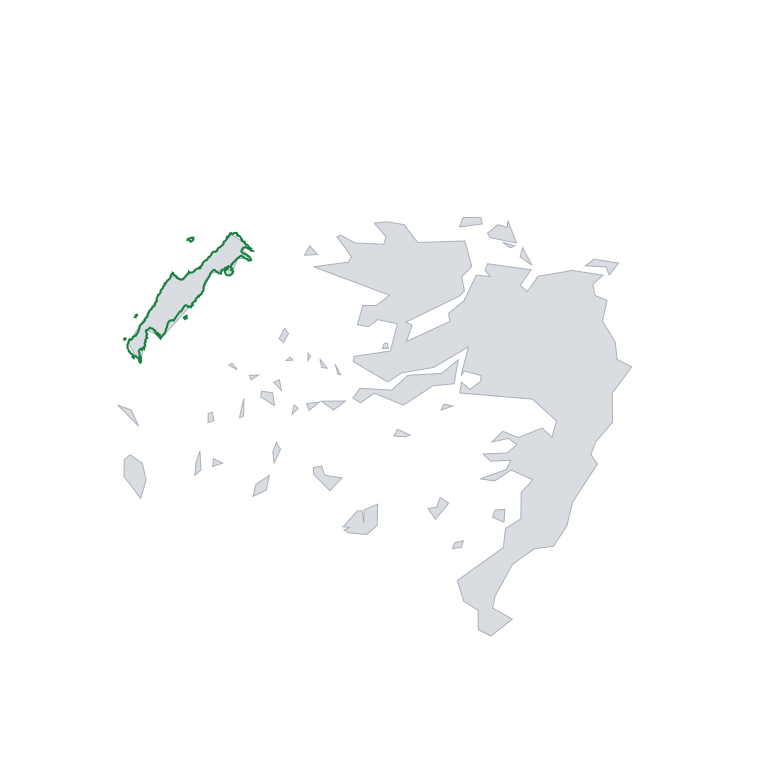 Kritis, Kriti, Greece shown in context, rotated 127°
{"feature_id": "26713481B79456911033966", "entity_name": "Kritis", "entity_type": "district", "adm_level": 2, "iso_a3": "GRC", "parent_name": "Greece", "parent_adm1": "Kriti", "projection": "orthographic", "projection_center": [24.889, 35.249], "detail": "fine", "context": "in_parent", "style": "outline", "palette": "green", "viewbox_px": 768, "rotation_deg": 127, "n_neighbors": 0, "source": "geoboundaries", "source_scale": "gbopen_adm2", "svg_char_len": 9833}
<svg xmlns="http://www.w3.org/2000/svg" viewBox="0 0 768 768"><g transform="rotate(127 384 384)"><path d="M494.6,140.0L520.9,146.9L523.5,160.9L508.1,172.6L509.6,189.6L496.8,207.2L442.8,190.3L426.2,200.0L409.3,193.6L388.0,209.2L370.9,207.4L376.2,230.7L394.8,237.2L401.8,250.0L378.7,234.9L368.6,236.9L381.4,252.2L380.2,262.7L365.1,244.3L352.3,241.3L352.5,251.8L365.4,263.0L350.3,260.6L346.0,244.5L323.9,231.2L325.6,217.8L309.6,224.1L306.8,256.5L345.6,318.1L336.0,323.1L336.6,312.1L323.5,308.4L318.9,311.7L321.4,318.0L325.5,327.9L331.1,327.5L303.4,339.0L340.8,354.3L364.4,376.5L380.1,382.2L384.6,422.2L379.9,424.5L353.9,398.8L327.8,409.5L336.4,427.9L347.5,430.9L352.6,440.9L334.0,448.1L326.0,437.5L309.8,432.9L332.8,510.8L308.2,485.9L302.0,486.7L294.6,510.1L291.2,508.0L288.7,491.9L272.6,468.3L265.4,470.9L261.3,488.6L252.9,479.5L244.6,463.8L250.8,442.3L221.1,405.5L237.4,384.5L251.5,386.5L261.1,376.0L268.3,376.7L321.4,403.7L320.0,397.1L336.3,391.6L294.5,369.1L288.7,374.8L269.1,370.3L241.6,375.8L234.2,363.8L232.3,371.8L225.6,373.6L204.3,335.3L223.2,334.5L224.0,325.1L205.3,325.8L180.2,302.2L165.3,274.5L178.6,277.3L186.3,268.9L183.1,256.2L202.3,247.3L211.4,224.5L224.1,212.6L221.2,196.4L254.0,196.2L276.9,178.5L303.5,180.1L316.0,176.1L319.4,165.4L364.7,162.3L387.2,152.6L411.7,151.0L425.2,164.9L450.6,172.8L486.3,167.7L497.5,162.4L494.6,140.0ZM371.6,576.0L389.7,571.9L386.3,579.0L400.4,588.7L421.6,584.2L479.9,589.4L483.6,605.3L514.0,591.3L505.4,612.5L426.1,618.9L420.9,607.9L406.7,602.8L356.4,595.5L355.3,575.9L361.2,577.4L365.0,567.4L371.6,576.0ZM341.6,328.2L356.0,343.8L389.2,355.8L397.2,386.2L413.2,391.4L414.0,400.4L401.8,400.5L384.2,374.1L362.6,370.1L341.0,344.4L320.0,339.2L341.6,328.2ZM514.6,307.2L524.1,322.6L524.6,328.1L519.3,325.1L522.6,330.8L501.3,328.9L498.3,325.0L507.3,316.6L496.4,324.0L483.7,316.7L501.2,304.3L514.6,307.2ZM600.6,545.9L593.3,544.1L592.9,529.0L603.8,516.3L621.7,509.5L614.4,535.9L600.6,545.9ZM498.4,386.0L493.1,390.1L487.1,384.4L492.5,376.5L484.3,361.0L501.7,363.1L498.4,386.0ZM191.7,363.0L203.1,387.1L201.4,392.1L188.3,389.0L184.7,379.8L179.0,383.4L191.7,363.0ZM168.4,294.2L158.0,291.6L146.3,269.4L161.5,269.7L156.8,277.0L168.4,294.2ZM461.1,261.6L456.8,274.0L450.9,267.9L440.7,270.9L440.5,260.5L461.1,261.6ZM539.6,414.1L552.7,421.1L541.0,425.9L526.1,420.6L539.6,414.1ZM425.1,217.1L418.2,219.6L411.3,212.0L422.2,205.0L425.1,217.1ZM197.0,401.9L213.2,418.2L203.3,420.9L192.8,407.0L197.0,401.9ZM468.5,474.8L463.5,477.5L458.0,467.6L467.2,458.6L468.5,474.8ZM435.1,408.6L435.4,423.6L420.8,404.5L435.1,408.6ZM565.3,554.6L561.1,583.8L556.9,570.5L565.3,554.6ZM200.6,351.8L191.6,355.4L200.1,337.3L200.6,351.8ZM329.0,525.0L318.3,526.6L320.8,515.2L329.0,525.0ZM548.3,490.7L563.0,478.3L570.8,480.2L559.6,486.9L548.3,490.7ZM495.4,434.8L498.5,427.3L513.3,424.3L505.2,431.9L495.4,434.8ZM450.9,462.1L448.9,473.2L443.6,470.1L450.9,462.1ZM450.2,427.9L446.3,434.0L437.3,424.7L450.2,427.9ZM419.5,344.6L412.1,346.0L409.1,332.5L413.4,335.2L419.5,344.6ZM474.3,230.2L468.2,232.1L461.4,226.3L467.9,224.0L474.3,230.2ZM411.3,489.3L411.0,495.0L399.3,496.9L401.1,490.6L411.3,489.3ZM497.9,479.1L479.8,487.3L494.2,476.7L497.9,479.1ZM403.9,426.6L397.6,435.1L402.7,424.2L403.9,426.6ZM463.6,439.2L454.8,443.3L455.1,437.9L463.6,439.2ZM520.7,501.3L513.4,506.6L509.9,504.1L515.5,497.6L520.7,501.3ZM553.0,471.2L546.3,475.3L544.3,465.3L553.0,471.2ZM408.4,443.7L402.6,450.3L405.6,438.9L408.4,443.7ZM199.2,365.0L199.3,374.4L195.0,362.8L199.2,365.0ZM460.7,492.6L458.3,496.7L452.4,489.7L460.7,492.6ZM370.4,322.7L364.1,324.0L360.2,315.9L370.4,322.7ZM356.6,406.6L351.8,408.2L349.2,406.1L352.9,401.9L356.6,406.6ZM411.0,459.0L405.1,463.2L406.0,459.3L411.0,459.0ZM460.9,509.8L462.5,519.3L458.8,517.9L460.9,509.8ZM424.2,476.2L419.3,475.5L419.6,471.1L424.2,476.2Z" fill="#d9dde1" stroke="#a8b0b8" stroke-width="1"/><path d="M369.3,576.0L367.9,575.6L367.3,575.1L367.3,571.6L367.0,569.4L366.5,568.0L366.5,567.4L367.1,566.5L365.1,564.7L363.6,566.9L363.2,568.5L363.8,570.0L363.3,570.7L363.5,571.7L363.6,572.4L364.0,573.0L364.2,574.5L364.5,575.2L364.0,577.5L363.8,577.9L361.9,578.4L360.2,578.4L359.5,578.2L358.8,577.4L357.7,576.9L357.8,573.9L357.4,573.3L357.3,571.9L357.5,571.4L357.5,570.6L357.1,569.5L356.9,569.3L357.1,570.5L356.7,571.3L356.4,572.7L356.2,572.0L355.8,571.9L356.1,572.9L356.1,574.0L355.6,574.9L355.2,576.4L355.3,577.7L355.8,578.5L355.7,579.3L354.4,580.5L354.3,580.8L354.6,582.0L355.0,582.0L355.1,583.7L354.7,584.3L353.8,584.5L353.7,585.1L354.0,585.8L353.1,586.7L353.1,587.3L352.8,588.1L353.3,588.9L353.0,589.8L353.3,590.3L353.8,590.4L353.8,590.9L353.6,591.2L352.5,591.5L352.0,592.4L353.0,594.1L353.5,594.6L354.6,594.7L355.6,595.2L355.6,595.8L355.3,596.1L355.3,596.6L356.2,597.4L356.3,597.0L356.6,597.0L358.3,597.3L360.3,596.9L361.0,597.2L361.3,597.5L361.1,597.9L361.4,597.9L361.5,597.5L362.1,597.0L362.8,596.9L363.6,597.0L364.3,596.8L365.5,596.9L366.4,597.5L367.4,597.5L368.6,596.4L369.2,596.3L370.6,596.5L372.2,597.2L373.3,597.2L375.4,598.3L376.8,598.0L377.1,597.7L378.7,597.6L379.3,597.8L380.0,598.4L381.0,599.9L382.7,600.3L384.9,599.7L385.7,599.9L387.6,599.7L387.9,600.3L388.7,600.5L391.2,599.9L393.2,601.3L394.4,601.2L396.3,601.8L397.5,601.0L398.4,600.8L400.2,601.2L401.1,600.6L402.3,600.5L402.8,600.7L403.0,601.3L402.6,601.7L403.8,602.2L405.9,603.4L406.7,603.6L407.8,603.4L410.0,604.0L412.0,606.4L412.2,606.9L412.1,607.1L412.9,606.7L413.9,607.3L415.0,607.1L417.1,607.4L418.7,607.3L419.5,607.5L420.0,607.3L420.9,607.7L421.7,607.7L422.5,608.3L423.4,610.2L423.9,613.5L423.1,614.0L423.0,614.7L423.3,615.5L423.2,616.2L423.0,616.7L423.4,617.5L423.1,618.3L422.2,619.1L422.3,619.8L422.9,619.5L423.5,619.7L424.6,619.4L424.9,619.6L425.8,619.6L426.7,618.8L428.5,618.4L431.6,619.2L432.2,619.1L433.3,619.3L434.7,619.0L435.1,619.1L435.2,619.5L435.7,619.6L435.7,619.1L436.0,619.0L438.7,619.1L440.4,618.3L443.4,618.9L443.9,618.7L444.8,617.9L445.7,617.6L447.4,617.5L448.6,617.7L448.7,618.0L449.1,618.1L449.8,617.7L452.2,617.1L453.3,616.5L453.6,616.4L454.0,615.5L454.4,615.2L456.9,615.5L459.3,614.3L460.7,614.5L462.0,615.2L464.0,614.8L467.1,615.4L468.2,614.8L469.5,614.9L470.1,614.4L471.0,614.3L472.3,613.6L476.2,613.8L476.8,613.3L477.7,613.1L480.4,613.7L480.8,613.4L481.2,613.4L482.7,614.0L483.9,614.1L484.9,613.9L486.7,612.9L489.8,611.9L491.8,611.5L493.5,611.7L494.4,611.1L494.9,611.2L495.8,612.1L497.3,612.7L499.5,612.3L500.8,612.5L501.4,613.4L501.2,613.8L501.3,614.1L502.7,614.0L503.9,613.7L504.1,613.2L505.1,612.8L507.0,612.7L508.3,611.2L509.1,611.1L510.7,608.3L511.5,607.5L511.1,606.5L511.8,606.0L512.0,605.5L511.9,605.0L512.1,604.2L511.7,603.1L511.9,601.8L512.4,601.4L513.2,601.5L514.0,600.8L513.9,599.6L513.1,600.4L511.8,599.9L511.2,599.0L511.1,598.5L511.5,598.3L511.5,598.0L510.9,595.2L511.2,594.4L512.3,594.0L512.6,593.2L513.7,592.0L513.6,591.3L513.4,591.2L511.9,591.8L511.9,592.1L512.7,592.1L512.9,592.3L511.4,592.8L511.5,593.0L512.2,593.1L512.3,593.3L512.1,593.5L510.5,593.9L510.3,594.5L509.8,594.3L509.6,593.8L509.0,594.0L508.9,594.3L509.1,594.6L508.4,595.2L508.6,595.7L508.6,596.0L508.1,596.6L507.6,596.8L507.1,597.6L506.4,598.0L505.4,599.5L503.7,599.9L502.2,599.5L501.8,599.1L502.4,597.9L501.9,597.6L501.0,598.2L499.6,598.3L499.0,597.5L499.3,597.1L498.8,597.3L498.5,597.9L497.3,597.6L496.1,598.6L495.8,599.5L495.4,599.8L494.1,600.1L493.9,599.7L493.5,599.7L492.9,600.9L492.5,601.1L490.7,601.2L489.6,600.7L489.3,601.2L489.3,601.8L488.6,602.7L488.0,602.9L487.3,602.7L486.9,602.9L485.6,605.5L484.9,606.2L484.3,606.2L484.2,605.9L483.5,605.9L483.1,605.6L481.6,605.0L479.9,604.9L479.8,604.7L479.9,603.7L479.0,602.3L478.8,601.6L479.3,600.8L479.2,600.2L479.4,599.7L479.2,599.2L479.1,598.5L480.1,598.1L480.5,597.6L480.1,596.8L480.0,595.7L479.6,595.5L479.5,595.1L479.8,593.9L479.7,592.6L481.8,591.4L482.1,590.7L482.2,589.8L481.3,590.1L478.9,590.0L478.1,590.2L475.8,589.4L475.1,589.9L472.0,590.6L470.8,591.4L469.2,591.4L468.3,592.2L467.4,592.3L465.9,593.1L463.1,593.4L462.3,593.2L461.9,592.5L460.8,592.0L460.2,591.2L460.0,590.2L449.2,590.7L448.8,590.6L448.4,589.7L445.6,590.0L446.2,589.5L445.5,589.9L444.1,590.2L442.1,590.3L440.8,590.0L440.5,589.9L440.0,588.9L439.9,587.4L440.3,586.6L440.1,585.9L438.8,585.6L438.7,584.4L437.3,584.9L436.1,583.9L435.4,585.6L435.0,585.7L434.3,585.4L432.8,585.4L431.1,584.3L430.7,584.5L430.4,585.2L428.2,585.5L427.7,585.1L425.5,585.4L425.2,585.2L425.3,584.5L424.4,584.7L423.5,584.4L422.7,584.5L422.4,584.1L420.2,584.2L419.7,584.6L417.6,584.5L415.0,586.6L413.6,587.1L410.9,587.8L408.2,588.2L407.5,588.0L406.4,588.4L405.5,588.0L404.3,588.2L403.7,588.6L403.1,588.4L401.7,588.5L400.8,589.2L397.0,589.0L395.3,588.6L395.1,588.3L394.8,587.2L395.2,585.6L395.2,584.8L394.7,583.6L395.0,582.8L394.9,581.9L394.0,580.6L393.4,580.9L392.8,581.5L392.0,581.4L391.6,582.1L390.8,582.3L389.9,581.8L388.7,580.6L387.1,580.8L386.3,580.2L384.8,579.5L383.9,579.4L383.5,579.1L383.6,578.7L384.3,578.3L386.0,578.2L389.0,579.1L389.7,579.1L389.6,578.6L390.7,578.0L390.8,577.5L391.7,576.0L391.1,574.1L390.2,572.6L389.9,572.4L387.1,571.5L386.0,571.7L385.6,572.2L384.8,572.2L384.3,572.9L384.4,573.6L385.0,574.3L385.1,574.9L383.1,575.0L382.9,576.7L382.6,577.1L381.8,577.5L381.6,577.5L381.4,577.2L379.7,577.8L379.4,577.3L377.4,577.6L376.1,577.1L372.8,576.9L370.9,576.5L370.3,576.0L369.3,576.0ZM386.7,624.1L385.6,623.4L383.4,623.1L383.2,624.1L381.9,624.3L382.5,625.4L385.1,627.2L386.7,628.0L387.3,627.7L386.3,626.6L386.1,626.0L386.4,624.9L386.8,624.6L386.7,624.1ZM450.2,581.1L449.5,581.9L448.4,582.5L448.3,582.9L449.9,583.2L450.8,583.8L451.5,583.8L451.9,582.2L451.6,582.2L450.2,581.1ZM480.9,595.9L481.2,595.6L481.2,594.5L481.6,593.7L480.6,593.1L480.4,593.2L480.3,594.1L480.6,594.9L480.3,595.9L480.9,595.9ZM480.4,623.1L480.2,622.5L478.8,622.9L477.8,622.5L477.3,623.1L477.5,623.4L478.9,623.6L480.0,623.0L480.4,623.1ZM503.8,618.8L504.6,618.5L505.0,618.0L503.6,617.3L503.1,617.7L503.2,618.3L503.8,618.8Z" fill="none" stroke="#15803d" stroke-width="2"/></g></svg>